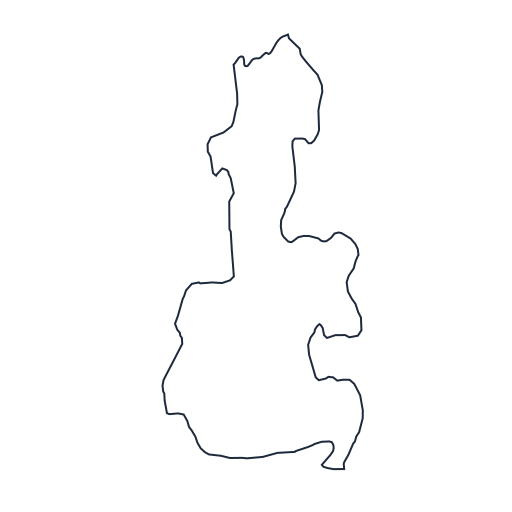 outline of San Raimundo, Guatemala, rotated 356°
{"feature_id": "79465075B35150348928705", "entity_name": "San Raimundo", "entity_type": "district", "adm_level": 2, "iso_a3": "GTM", "parent_name": "Guatemala", "parent_adm1": "", "projection": "equal_earth", "projection_center": [-90.553, 14.796], "detail": "fine", "context": "isolated", "style": "outline", "palette": "slate", "viewbox_px": 512, "rotation_deg": 356, "n_neighbors": 0, "source": "geoboundaries", "source_scale": "gbopen_adm2", "svg_char_len": 2859}
<svg xmlns="http://www.w3.org/2000/svg" viewBox="0 0 512 512"><g transform="rotate(356 256 256)"><path d="M356.3,265.6L357.4,263.4L358.3,262.2L358.0,256.2L356.0,251.1L351.6,245.2L342.9,239.1L339.8,238.3L335.8,239.1L332.2,243.1L327.3,246.1L324.7,246.2L322.2,245.4L319.4,242.8L310.5,239.8L304.9,239.3L299.2,240.3L294.5,243.5L292.2,244.7L289.2,243.9L284.9,238.9L283.4,235.8L282.8,228.4L283.6,222.0L287.2,215.3L288.2,212.6L288.4,211.1L290.3,209.0L298.4,194.4L300.6,186.1L300.9,169.4L299.9,149.2L300.5,144.1L303.0,141.6L310.7,142.1L313.1,142.9L316.3,147.2L319.0,147.3L322.1,144.8L326.1,138.8L327.7,134.6L328.4,115.2L330.4,107.1L333.6,96.9L333.6,90.2L330.0,79.4L326.3,74.8L318.8,64.7L315.6,59.9L314.6,57.6L314.1,52.3L304.1,41.2L303.3,37.3L301.1,38.1L299.8,38.4L298.7,38.8L297.5,39.2L295.6,40.3L294.8,41.0L293.8,41.9L292.3,43.5L291.6,44.3L290.8,45.3L290.1,46.5L285.9,52.8L284.2,54.7L282.9,55.3L281.9,54.9L280.7,54.1L279.6,54.2L278.5,55.0L277.3,55.9L275.8,57.1L274.7,58.2L272.9,59.0L271.6,59.0L270.2,58.8L268.9,59.0L267.9,59.1L266.8,59.5L265.6,60.4L263.0,63.5L260.9,65.8L259.7,66.0L258.5,65.7L257.9,64.9L257.6,63.6L257.7,61.2L257.7,59.3L257.1,56.7L256.0,56.0L254.5,56.0L252.6,57.1L251.8,58.1L249.1,61.4L248.3,62.4L247.0,63.5L248.5,92.7L248.0,103.4L246.0,109.2L242.8,120.7L240.8,124.8L232.3,130.5L219.4,134.5L215.5,141.1L215.2,148.6L217.6,153.6L218.9,170.3L221.8,173.1L222.8,171.7L228.5,166.3L232.8,168.2L234.2,170.1L234.4,172.3L236.2,176.6L238.2,191.8L233.1,199.8L231.4,227.3L232.5,230.0L232.3,248.6L232.5,274.8L228.5,278.4L225.2,279.3L220.2,280.6L210.2,279.3L204.5,279.4L198.4,279.4L197.2,278.4L190.0,279.3L183.8,285.4L181.4,291.2L179.9,293.7L179.1,295.9L174.0,310.1L170.5,317.9L172.3,324.0L174.6,327.2L175.0,330.4L176.3,332.4L176.3,338.5L169.7,349.4L155.2,373.1L153.7,378.8L154.0,384.8L154.9,386.6L154.8,394.0L156.2,406.6L158.6,407.7L167.3,407.6L172.8,409.1L175.9,415.6L177.3,421.9L179.6,425.4L182.9,431.9L184.6,438.3L187.4,444.0L191.3,448.1L195.3,450.7L206.9,452.8L216.0,455.7L228.2,456.4L232.8,457.2L248.7,456.9L263.6,453.9L281.1,454.1L281.9,453.4L294.8,450.1L299.8,448.4L301.0,447.7L308.5,445.9L316.1,446.1L318.6,447.0L320.0,450.0L320.1,452.9L319.3,455.9L316.3,459.7L307.1,468.9L308.5,470.9L312.4,472.5L318.4,474.0L329.1,474.7L329.0,469.5L329.7,467.7L334.4,460.6L339.8,450.0L341.8,447.9L343.4,443.1L346.6,438.9L351.1,425.4L351.8,417.5L350.2,402.2L346.1,392.7L345.0,390.3L340.7,386.0L334.1,385.5L328.4,386.0L324.4,382.4L319.8,381.6L317.1,383.1L310.0,384.3L307.1,381.2L302.1,358.2L301.8,348.2L304.7,341.2L308.9,336.3L309.8,333.3L311.9,330.5L314.4,328.4L315.7,329.3L317.5,332.5L318.4,339.7L321.1,342.7L329.6,340.5L339.4,341.1L343.5,343.6L352.1,342.6L356.0,337.4L356.4,324.7L354.0,319.1L351.9,310.7L348.5,305.2L345.2,297.9L344.6,288.5L347.1,282.2L351.5,276.6L352.6,275.2L354.9,268.4L355.7,266.8L356.3,265.6Z" fill="none" stroke="#1e293b" stroke-width="2"/></g></svg>